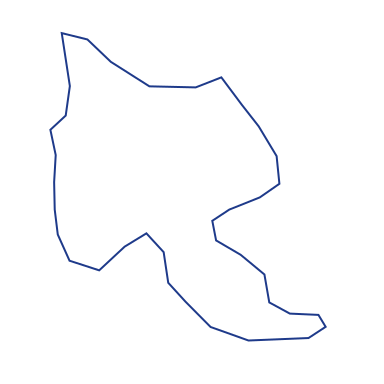 SVG path tracing the border of Mosta, rotated 188°
{"feature_id": "MLT-5927", "entity_name": "Mosta", "entity_type": "state/province", "adm_level": 1, "iso_a3": "MLT", "parent_name": "Malta", "parent_adm1": "", "projection": "mercator", "projection_center": [14.416, 35.91], "detail": "fine", "context": "isolated", "style": "outline", "palette": "blue", "viewbox_px": 384, "rotation_deg": 188, "n_neighbors": 0, "source": "natural_earth", "source_scale": "10m", "svg_char_len": 609}
<svg xmlns="http://www.w3.org/2000/svg" viewBox="0 0 384 384"><g transform="rotate(188 192 192)"><path d="M113.2,239.3L106.6,212.3L124.1,196.1L152.6,179.8L167.9,166.3L161.4,147.4L135.1,136.6L108.8,120.4L100.1,93.4L78.2,85.2L49.7,87.9L40.9,77.1L56.3,63.6L115.4,52.8L154.8,60.9L183.2,82.5L202.9,98.8L211.7,128.5L231.4,144.7L251.1,128.5L273.0,101.5L303.7,106.9L319.0,131.2L325.5,155.5L329.9,182.6L332.1,209.6L340.9,233.9L327.7,250.1L327.7,279.9L343.1,331.2L316.8,328.5L290.5,309.6L248.9,290.7L202.9,296.1L178.9,309.6L154.8,285.3L135.1,266.3L113.2,239.3Z" fill="none" stroke="#1e3a8a" stroke-width="2"/></g></svg>